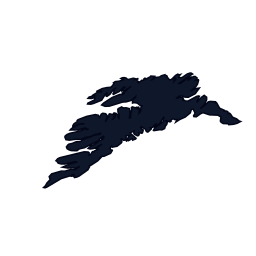 outline of Vestfirðir, rotated 332°
{"feature_id": "ISL-690", "entity_name": "Vestfirðir", "entity_type": "Region", "adm_level": 1, "iso_a3": "ISL", "parent_name": "Iceland", "parent_adm1": "", "projection": "equal_earth", "projection_center": [-22.568, 65.72], "detail": "fine", "context": "isolated", "style": "filled", "palette": "ink", "viewbox_px": 256, "rotation_deg": 332, "n_neighbors": 0, "source": "natural_earth", "source_scale": "10m", "svg_char_len": 5945}
<svg xmlns="http://www.w3.org/2000/svg" viewBox="0 0 256 256"><g transform="rotate(332 128 128)"><path d="M190.1,143.9L183.6,145.2L177.5,144.8L173.0,145.2L175.3,143.5L173.2,142.5L172.1,140.9L169.0,141.3L169.3,142.2L168.0,142.4L165.0,139.6L165.2,141.6L163.8,143.1L161.7,144.0L160.1,145.7L157.0,145.6L155.4,144.5L149.6,142.5L149.3,141.9L151.7,140.5L158.1,139.8L162.1,138.8L162.7,138.5L163.0,136.5L165.4,135.3L163.7,135.5L159.5,138.3L157.5,139.0L151.6,139.6L151.6,139.2L154.8,137.9L154.8,137.4L153.6,137.5L150.1,139.0L147.7,138.3L148.4,139.3L148.1,139.8L144.0,140.9L143.2,140.7L142.6,139.6L142.7,137.0L140.2,132.9L139.5,133.5L139.5,135.2L140.5,136.5L140.1,137.5L138.4,139.1L137.7,139.1L135.3,137.2L134.9,138.9L133.8,139.6L132.6,139.3L130.9,136.8L130.6,135.8L131.0,134.7L132.3,133.5L131.8,133.2L130.7,133.5L127.9,133.2L127.7,133.9L130.3,140.9L129.5,141.3L126.4,140.9L126.7,140.0L125.8,139.3L123.1,139.4L122.5,139.4L122.5,138.8L120.5,138.8L120.5,138.3L124.5,136.0L126.0,135.7L125.5,135.0L122.5,133.9L122.1,135.3L121.0,136.5L119.5,137.2L118.3,136.8L117.4,134.7L116.8,134.4L116.1,137.4L114.9,138.1L109.8,139.0L105.0,137.5L105.2,136.1L103.6,136.6L102.6,137.8L102.5,139.2L103.6,140.0L103.6,140.5L100.7,142.2L93.5,141.7L91.3,140.5L90.6,140.5L89.7,140.9L90.5,141.3L85.8,142.8L78.1,143.5L76.3,143.1L76.0,144.1L72.9,146.1L62.3,147.5L59.7,147.3L57.4,146.6L57.5,145.1L56.2,144.4L58.2,144.8L58.3,143.6L57.3,143.0L56.0,143.1L55.4,144.0L54.0,143.0L45.2,141.3L28.8,142.1L26.7,141.9L25.5,140.9L28.0,140.2L30.6,138.5L35.0,137.0L35.6,133.9L39.2,132.6L48.8,134.7L52.0,136.5L58.2,137.7L61.0,139.6L62.7,140.0L67.7,139.2L62.6,138.8L60.0,136.8L56.0,135.1L51.7,131.8L60.3,132.6L67.7,134.4L65.1,132.6L55.4,130.2L52.1,128.4L49.8,126.2L49.6,123.9L49.0,123.1L51.5,122.1L53.9,122.2L78.1,128.4L81.6,130.5L82.1,131.6L80.8,133.9L81.8,134.2L85.5,132.2L86.6,133.1L87.3,132.5L91.8,132.6L91.8,132.2L90.6,131.3L97.7,130.0L90.9,130.3L87.8,129.9L84.7,128.8L83.2,127.3L87.3,126.2L89.0,126.8L93.7,126.5L96.3,125.7L100.1,126.2L101.3,125.7L99.7,125.3L99.7,124.9L103.2,123.6L98.3,124.1L95.8,125.2L80.3,125.0L75.3,123.6L72.3,124.1L67.5,121.5L65.7,119.7L64.5,117.7L64.7,115.8L67.2,114.6L68.3,114.5L71.5,115.4L75.8,115.8L79.7,117.6L84.4,117.1L91.5,118.4L93.8,118.4L100.1,120.2L102.1,119.7L97.4,119.0L95.9,118.2L91.1,118.0L87.0,116.5L81.1,115.9L76.7,113.5L70.5,111.2L67.7,109.2L68.0,106.3L68.9,105.5L71.2,105.1L74.2,105.4L84.5,108.2L87.6,108.6L89.6,108.1L90.6,109.9L92.7,110.7L90.0,107.7L82.9,106.2L75.9,102.6L77.8,101.9L86.6,101.9L91.6,103.8L86.7,101.3L81.2,101.3L79.9,100.9L80.5,99.9L82.3,98.9L85.6,98.6L86.5,98.3L86.6,97.5L87.9,97.2L96.9,98.3L105.5,100.8L107.9,102.9L107.7,103.8L108.1,105.2L110.9,103.2L112.6,103.1L115.0,104.9L115.5,107.8L110.8,112.0L115.5,109.4L116.7,108.5L117.6,107.0L118.2,106.8L119.4,107.5L120.2,109.0L119.8,109.4L122.5,108.1L123.3,108.5L121.0,111.5L119.3,112.6L117.4,113.2L120.8,112.9L121.7,112.4L123.7,109.8L124.3,109.6L125.1,111.3L124.2,114.5L124.5,115.4L126.5,112.4L126.6,109.4L127.7,106.8L128.5,106.3L132.3,106.4L133.2,108.0L135.9,109.3L138.4,111.6L137.9,113.6L137.1,114.6L137.4,114.9L133.9,119.8L134.3,120.3L135.1,120.2L136.4,117.8L140.2,113.2L140.6,111.5L141.8,111.4L144.1,113.7L145.2,113.6L145.7,114.1L145.3,115.5L146.1,115.8L146.8,114.4L147.3,114.6L146.9,117.1L144.5,120.1L146.7,119.6L148.9,116.1L150.8,115.4L150.8,114.9L149.6,114.4L148.0,110.7L147.2,109.8L144.9,108.3L143.7,108.1L144.9,105.8L145.7,105.2L148.9,104.7L149.6,103.8L143.5,105.1L138.7,104.1L135.5,102.6L121.9,100.0L117.9,98.1L115.5,95.3L118.2,94.5L128.5,93.6L136.7,94.5L137.5,95.3L139.8,96.1L140.6,95.7L139.4,94.4L143.7,94.3L146.2,93.4L150.3,92.8L142.6,93.3L139.1,92.2L140.3,92.1L142.6,90.8L144.5,90.6L144.5,90.2L143.2,89.9L137.3,91.7L130.8,91.5L130.7,90.8L132.4,89.8L133.1,87.7L136.6,86.8L132.3,87.6L127.8,89.8L124.4,90.2L123.7,89.8L124.0,89.0L125.7,87.7L125.7,87.2L123.8,87.6L117.7,91.1L108.7,90.1L106.3,89.5L103.5,87.8L104.2,87.2L111.6,87.5L112.9,85.5L109.5,84.8L106.6,83.0L108.3,82.4L113.6,83.8L112.5,82.5L118.7,82.1L120.3,83.4L121.5,83.6L122.0,83.1L121.8,82.5L117.1,80.9L123.8,81.1L128.4,82.4L131.6,83.8L133.1,83.7L136.6,82.2L136.3,81.3L138.5,81.0L142.2,82.5L147.0,83.3L147.2,82.5L146.8,81.9L145.3,81.5L144.9,80.9L146.7,81.0L148.5,81.8L149.8,83.0L150.3,84.5L151.3,85.4L156.0,86.5L157.4,87.7L156.6,88.3L159.8,88.9L159.8,89.3L158.3,89.5L158.2,90.6L159.1,91.9L158.2,92.3L158.2,92.8L159.0,93.2L162.5,92.3L164.0,93.2L165.3,92.0L166.2,91.9L166.7,92.3L166.4,93.2L171.5,93.2L172.5,92.8L175.8,94.9L171.9,96.6L172.7,96.8L175.9,96.2L179.7,97.8L182.0,97.5L185.6,98.3L185.2,99.1L186.2,99.4L186.8,100.2L186.8,100.9L186.0,101.3L186.8,102.5L187.2,104.8L188.4,105.5L191.2,105.1L191.9,105.5L192.0,106.4L190.4,108.5L193.1,107.5L193.1,105.9L191.9,104.7L194.6,103.9L197.2,103.8L198.4,105.2L199.4,105.4L197.0,106.4L196.6,107.0L198.0,108.3L199.5,108.8L205.7,108.1L208.7,108.6L209.7,109.3L210.4,110.7L202.4,111.0L200.8,111.6L193.9,112.4L195.0,113.3L205.2,111.9L206.9,112.4L203.7,113.7L203.7,114.1L209.9,113.3L211.4,113.9L212.5,116.3L211.8,117.1L210.1,117.6L212.8,118.4L212.8,118.9L210.0,121.9L207.3,123.4L201.5,124.4L201.5,124.9L205.9,124.9L209.8,126.2L203.5,129.3L195.7,129.2L192.8,127.5L190.9,125.3L189.5,124.4L187.7,123.9L184.2,124.4L188.1,125.3L190.6,127.0L190.5,128.3L189.4,129.2L190.8,129.9L191.3,131.1L192.9,132.0L193.9,132.4L203.5,132.3L205.2,132.7L206.0,133.5L201.3,137.0L201.3,137.4L207.6,135.3L210.6,134.9L211.9,137.7L210.7,140.0L207.8,142.2L204.5,143.8L201.7,144.4L201.7,144.8L207.5,143.8L211.0,142.6L213.1,143.1L217.6,145.9L217.1,147.0L218.0,147.2L218.1,147.7L218.2,153.5L221.3,157.5L220.8,157.9L223.2,159.5L223.8,160.8L223.3,162.3L224.6,162.5L225.1,164.0L225.4,167.5L228.2,170.9L229.5,174.1L230.5,175.1L226.7,175.1L223.0,174.3L218.5,172.4L218.3,171.2L214.2,168.8L212.9,166.7L212.8,165.2L215.2,162.0L213.4,158.9L206.2,154.7L201.4,149.7L198.6,149.5L193.6,150.2L191.5,148.9L191.6,148.0L194.2,146.4L194.4,142.1L193.8,141.3L192.2,141.8L190.1,143.9Z" fill="#0f172a" stroke="#020617" stroke-width="1.5"/></g></svg>